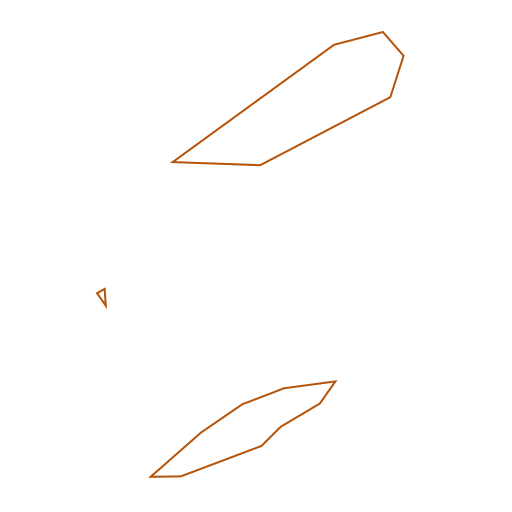 SVG path tracing the border of Johnston Atoll, rotated 176°
{"feature_id": "UMI-5174", "entity_name": "Johnston Atoll", "entity_type": "state/province", "adm_level": 1, "iso_a3": "UMI", "parent_name": "United States Minor Outlying Islands", "parent_adm1": "", "projection": "natural_earth1", "projection_center": [-169.53, 16.742], "detail": "fine", "context": "isolated", "style": "outline", "palette": "amber", "viewbox_px": 512, "rotation_deg": 176, "n_neighbors": 0, "source": "natural_earth", "source_scale": "10m", "svg_char_len": 413}
<svg xmlns="http://www.w3.org/2000/svg" viewBox="0 0 512 512"><g transform="rotate(176 256 256)"><path d="M245.5,346.3L332.6,355.5L163.4,461.3L113.8,470.6L94.8,445.4L110.9,405.1L245.5,346.3ZM263.7,66.2L346.5,41.4L376.5,43.1L322.9,83.9L280.1,109.0L237.3,122.1L185.5,125.4L202.6,104.4L243.3,83.9L263.7,66.2ZM409.3,233.7L409.3,216.9L417.2,230.0L409.3,233.7Z" fill="none" stroke="#b45309" stroke-width="2"/></g></svg>